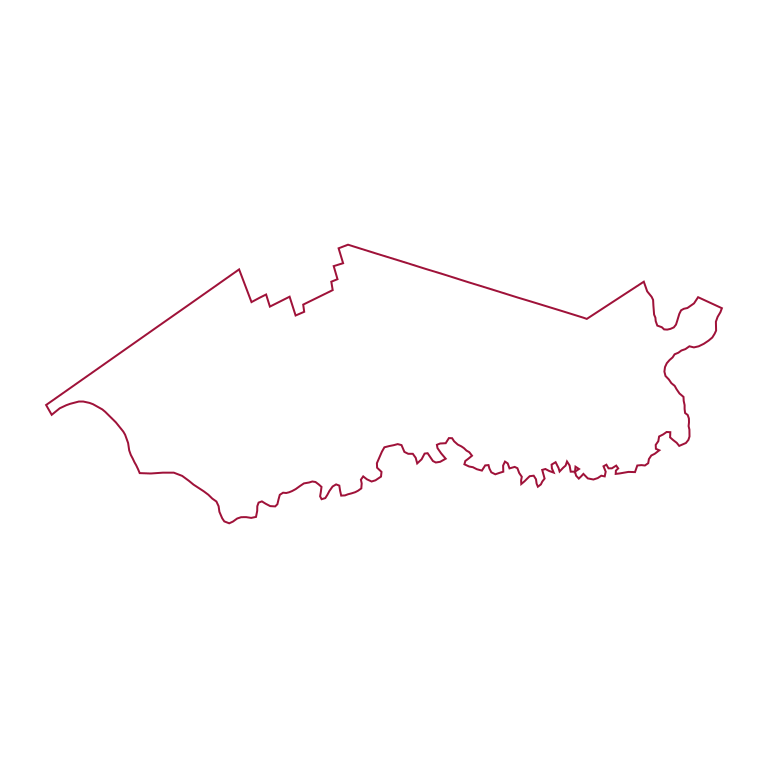 São Miguel do Guamá, Pará, Brazil
{"feature_id": "56859067B56862876029302", "entity_name": "São Miguel do Guamá", "entity_type": "district", "adm_level": 2, "iso_a3": "BRA", "parent_name": "Brazil", "parent_adm1": "Pará", "projection": "robinson", "projection_center": [-47.543, -1.552], "detail": "fine", "context": "isolated", "style": "outline", "palette": "rose", "viewbox_px": 768, "rotation_deg": 0, "n_neighbors": 0, "source": "geoboundaries", "source_scale": "gbopen_adm2", "svg_char_len": 3886}
<svg xmlns="http://www.w3.org/2000/svg" viewBox="0 0 768 768"><path d="M586.8,318.9L583.4,317.7L561.9,311.0L529.9,301.2L517.9,297.6L494.6,290.3L468.3,282.2L443.7,274.4L425.6,268.9L406.9,263.0L376.1,253.5L348.0,244.7L338.6,248.3L343.1,263.2L333.7,266.1L337.5,279.2L331.3,281.7L332.7,290.1L303.2,304.6L304.2,311.8L295.6,315.5L289.6,296.7L269.9,306.6L266.1,294.5L259.7,297.7L251.5,302.1L239.1,269.4L188.8,304.8L157.1,327.0L151.7,330.8L46.1,405.0L51.7,414.8L57.0,410.5L59.7,408.3L66.3,405.2L70.2,403.8L79.0,401.5L83.1,401.5L89.5,402.9L93.0,404.2L102.3,409.4L105.2,411.8L115.9,422.4L123.3,431.6L125.1,434.7L128.1,443.0L129.2,450.4L130.8,454.9L132.7,458.5L134.5,462.3L136.2,465.3L138.1,469.3L139.7,473.1L150.7,473.5L162.4,472.7L173.9,472.7L182.2,475.9L189.0,480.9L193.5,484.6L198.4,487.8L203.6,491.2L208.3,494.7L212.3,498.6L216.4,501.5L218.6,506.2L219.4,511.8L222.2,518.3L224.3,521.4L229.2,523.3L232.9,521.6L237.2,518.5L241.1,517.2L246.0,517.1L251.2,517.9L256.0,516.9L257.2,510.9L257.3,506.2L258.6,502.6L261.9,501.4L265.6,503.7L270.2,506.1L275.2,506.4L277.4,504.2L278.5,499.5L279.8,494.8L283.1,492.7L286.2,493.0L289.0,492.3L292.0,491.1L295.7,489.1L300.0,486.0L303.9,483.4L309.1,482.5L312.3,481.5L315.5,482.0L318.7,484.4L321.5,486.9L320.8,492.2L320.1,496.3L321.6,499.2L325.3,498.1L327.4,494.8L329.4,491.0L332.6,486.5L336.1,484.4L339.3,485.6L340.1,490.7L341.2,495.6L345.0,495.4L347.9,494.3L351.4,493.4L355.2,492.2L358.1,490.7L361.3,488.4L361.7,483.4L360.9,479.7L363.2,476.4L366.9,479.3L371.6,481.5L375.5,480.3L381.0,476.6L381.5,471.9L377.1,467.7L376.9,463.2L381.9,451.7L384.4,447.3L389.5,446.0L393.6,445.2L397.7,444.1L401.5,445.1L404.4,451.9L408.2,453.8L412.8,453.8L415.7,457.8L417.2,463.4L421.6,459.3L424.6,453.6L427.6,453.2L432.9,461.0L435.8,462.5L440.2,461.8L445.7,458.7L441.1,453.3L437.5,448.1L436.9,444.8L440.1,443.5L445.7,443.2L448.9,438.1L452.1,438.2L454.1,441.3L457.8,444.6L461.4,446.4L463.9,448.1L466.5,450.6L469.3,452.2L472.0,455.7L468.5,458.6L465.3,461.0L464.4,464.3L469.1,466.5L472.9,467.2L476.8,469.2L481.9,470.6L485.2,465.4L488.5,465.1L489.4,468.5L491.3,472.3L495.3,474.3L499.4,472.9L503.3,471.7L503.1,465.6L505.0,461.6L507.7,463.4L509.5,468.4L514.7,466.9L517.4,468.2L519.2,473.0L521.8,476.8L521.1,480.4L521.3,484.0L524.5,481.3L527.4,478.4L529.7,476.2L533.7,475.7L536.0,479.3L536.6,483.6L537.9,486.7L540.9,484.4L542.3,481.5L544.6,478.6L543.4,474.2L542.2,469.9L545.4,469.0L549.2,471.0L553.7,472.6L551.9,468.4L551.6,464.6L555.6,462.2L558.5,467.9L559.6,471.5L563.2,467.7L565.6,465.6L567.0,461.5L569.6,465.5L570.7,471.7L575.0,471.7L576.1,475.7L578.8,478.6L581.3,476.2L583.4,473.9L587.8,478.4L593.4,479.5L597.7,478.1L601.3,475.7L604.7,476.4L605.7,471.7L603.5,466.3L606.4,464.7L608.5,468.3L611.9,468.3L616.2,465.6L618.2,468.4L615.9,470.6L615.7,473.9L619.9,473.4L623.3,472.8L628.5,471.9L635.0,472.1L637.3,465.5L641.5,465.1L644.9,465.5L648.2,463.2L648.9,459.1L651.3,455.5L654.7,453.8L659.3,450.3L655.9,448.8L655.7,444.9L658.3,441.2L659.1,436.5L663.2,434.4L666.6,432.0L670.3,432.2L670.1,437.4L673.2,440.1L676.7,442.8L679.2,445.9L685.9,443.0L688.4,439.9L689.5,436.5L689.4,429.6L688.6,426.1L689.0,422.4L688.9,418.5L687.7,415.0L685.1,413.0L684.6,409.0L684.6,405.1L683.7,400.9L683.5,396.9L679.5,393.5L676.6,389.3L674.7,385.9L671.4,383.2L668.8,379.4L665.5,376.0L664.4,371.6L665.0,367.1L666.8,363.2L669.6,360.0L672.6,357.4L674.6,354.3L678.4,352.7L681.4,350.5L685.4,349.1L689.4,346.3L693.9,347.4L698.7,346.3L703.8,343.8L708.6,340.6L712.3,337.5L714.6,333.8L716.1,330.6L715.9,321.7L717.6,316.9L720.4,312.2L721.9,308.2L698.1,297.2L694.0,303.4L687.4,308.0L683.8,308.8L681.1,310.3L679.3,313.9L677.1,321.2L676.0,324.6L673.8,327.4L670.4,328.9L667.2,329.6L664.1,329.4L661.8,327.2L657.3,325.6L655.7,321.1L655.4,317.7L654.1,314.6L653.4,305.6L653.1,299.9L651.6,296.8L647.2,291.4L643.8,281.7L586.8,318.9ZM575.0,471.7L575.5,466.7L579.0,469.0L575.0,471.7Z" fill="none" stroke="#9f1239" stroke-width="2"/></svg>